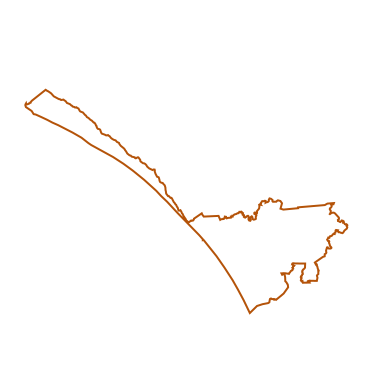 outline of Tampico Alto, Veracruz, Mexico, rotated 168°
{"feature_id": "50627088B55944116291568", "entity_name": "Tampico Alto", "entity_type": "district", "adm_level": 2, "iso_a3": "MEX", "parent_name": "Mexico", "parent_adm1": "Veracruz", "projection": "orthographic", "projection_center": [-97.791, 21.851], "detail": "fine", "context": "isolated", "style": "outline", "palette": "amber", "viewbox_px": 384, "rotation_deg": 168, "n_neighbors": 0, "source": "geoboundaries", "source_scale": "gbopen_adm2", "svg_char_len": 5904}
<svg xmlns="http://www.w3.org/2000/svg" viewBox="0 0 384 384"><g transform="rotate(168 192 192)"><path d="M313.9,322.4L329.6,314.6L330.7,313.8L331.2,313.0L331.6,313.1L331.8,312.8L332.5,312.7L332.8,312.4L333.2,312.5L333.6,312.2L335.3,312.0L335.9,312.4L335.9,313.2L336.7,312.3L337.0,311.4L336.8,309.6L332.0,304.6L330.7,301.1L328.8,300.3L324.3,297.0L318.5,292.6L314.1,288.9L309.0,285.2L296.5,275.0L288.8,268.1L283.2,261.4L280.8,258.9L261.9,242.6L253.3,234.0L245.6,225.4L236.3,213.9L226.7,200.6L223.0,194.4L218.4,187.7L210.5,174.5L194.1,148.6L191.3,143.7L191.4,143.1L191.2,143.2L191.0,142.7L190.7,142.7L190.5,142.4L181.4,124.2L176.0,111.4L170.6,97.3L167.4,87.2L164.0,75.5L160.6,61.6L152.1,67.0L146.3,67.6L140.7,67.5L139.3,68.0L138.2,70.7L137.9,71.2L137.2,71.4L136.7,71.3L136.1,70.6L134.2,70.3L134.1,69.7L133.4,69.8L133.2,69.4L132.0,69.5L131.9,69.2L123.5,73.6L117.8,78.8L117.6,80.9L117.6,81.8L118.1,82.6L118.3,83.8L119.3,85.3L118.6,89.3L118.6,91.6L119.4,92.8L119.8,93.1L120.1,92.6L121.0,92.3L121.4,93.8L119.0,93.5L118.6,93.0L117.9,93.2L114.2,91.8L113.9,92.4L113.1,92.8L111.7,94.2L110.1,94.6L109.9,95.3L109.0,95.9L109.5,97.0L108.9,97.2L108.7,98.2L107.8,98.3L107.4,98.6L108.0,99.0L108.4,99.7L108.5,100.6L109.0,100.6L108.8,101.0L108.1,101.0L107.9,101.3L105.8,100.6L96.2,98.5L97.2,94.5L98.2,93.6L99.5,93.0L99.8,92.7L100.0,92.2L100.3,92.2L100.6,91.8L100.9,90.8L100.6,90.5L100.6,88.8L101.3,88.6L101.7,87.6L102.2,87.1L102.5,87.2L103.1,86.6L103.3,86.1L102.7,85.6L103.0,85.1L102.9,84.7L103.4,84.4L103.4,83.8L103.9,83.0L103.4,81.8L102.4,82.0L102.4,80.2L96.6,79.1L97.5,80.3L97.3,80.7L96.6,80.8L96.4,80.5L95.3,80.8L95.0,80.3L94.8,80.6L88.4,79.1L87.1,82.0L87.2,84.2L86.8,84.7L85.5,85.5L85.0,87.9L84.5,88.5L84.9,88.9L84.6,89.8L84.9,90.7L84.9,93.1L85.6,94.6L85.0,94.8L85.0,95.3L85.7,96.2L86.1,96.1L86.5,97.5L77.5,101.3L75.6,101.5L75.1,103.6L73.9,104.0L73.2,104.7L73.1,106.7L71.5,109.7L70.8,109.7L70.4,108.6L70.0,108.3L68.1,107.9L67.7,108.0L67.3,108.3L67.2,108.8L68.2,110.6L68.3,112.8L68.6,113.8L68.0,115.2L68.2,115.6L68.9,115.6L69.2,115.9L69.7,117.3L68.8,118.2L68.3,118.3L68.2,119.1L67.7,119.1L67.1,118.8L66.8,119.4L66.0,120.1L65.4,119.9L64.0,120.3L63.2,121.2L62.5,121.5L61.3,121.2L61.2,122.2L60.2,122.4L59.5,124.6L59.0,124.9L57.2,124.2L57.8,123.4L57.3,123.0L57.0,122.2L56.0,122.1L55.2,121.3L54.3,121.0L53.6,120.5L52.6,120.8L50.9,122.6L48.2,124.0L47.4,125.3L47.9,126.7L47.6,127.0L47.0,127.2L47.0,127.5L47.6,128.4L48.6,128.4L49.2,128.8L49.7,130.3L50.6,130.5L50.5,131.1L49.8,131.8L50.4,132.5L51.5,133.0L52.2,132.3L52.7,132.2L53.1,131.8L53.9,132.2L54.6,133.1L55.2,133.3L55.1,134.4L53.8,135.1L53.7,136.5L56.6,141.4L57.6,142.3L58.6,142.5L59.9,142.5L61.7,141.7L61.8,141.8L60.8,142.9L60.3,144.2L60.2,145.0L60.8,146.1L60.8,146.7L60.4,147.4L59.6,147.7L58.8,148.3L58.2,149.3L58.7,151.1L56.2,150.6L55.5,151.7L62.0,152.5L64.8,151.6L90.2,154.8L91.5,154.9L91.6,154.1L106.3,155.8L108.9,157.3L106.3,162.3L107.4,164.8L109.7,166.0L111.0,165.5L111.5,165.0L114.8,165.6L115.2,166.2L114.9,167.4L116.1,168.9L117.5,169.6L118.4,168.6L118.8,167.1L119.8,166.5L121.1,166.4L121.8,166.5L122.3,166.3L121.9,168.0L122.6,168.3L124.2,168.1L125.2,168.5L126.8,167.0L126.7,166.9L126.9,166.3L127.4,166.1L127.6,165.6L127.4,165.2L128.6,165.7L129.0,165.5L128.9,164.7L129.5,162.5L130.1,161.6L132.5,159.7L132.7,158.1L132.9,157.7L133.6,157.8L134.5,158.8L135.0,158.9L135.4,158.6L135.6,157.7L133.9,156.1L133.9,155.6L134.8,154.5L135.1,152.5L135.4,152.3L136.4,152.1L137.4,152.1L138.2,152.8L138.2,155.1L138.6,155.8L139.4,155.5L140.2,154.8L140.4,154.0L140.3,152.6L140.6,152.0L141.0,151.7L142.0,152.2L142.3,152.8L142.4,153.7L141.7,155.9L141.9,156.8L142.2,157.1L143.2,157.0L144.2,156.3L144.6,156.3L145.3,155.9L146.2,156.5L146.5,157.0L145.9,157.8L146.0,158.6L146.9,158.9L147.1,159.1L146.6,160.4L147.2,160.6L146.9,161.1L147.5,161.6L147.4,162.0L147.8,162.5L148.7,162.3L148.9,162.6L149.5,162.7L149.5,162.1L150.4,162.2L151.1,161.6L152.0,161.8L153.1,161.3L155.2,161.2L156.8,160.3L157.4,160.4L157.4,159.6L158.9,159.9L158.9,158.9L159.1,158.8L162.3,159.2L163.5,159.0L163.9,159.7L163.8,159.8L163.9,160.4L164.1,160.4L164.0,160.7L165.0,161.1L165.4,159.8L165.7,159.8L166.0,159.3L167.0,159.4L167.3,159.3L167.3,159.1L169.2,159.3L170.2,158.9L171.0,163.1L185.6,165.5L186.6,167.6L186.9,169.1L195.6,165.5L195.9,164.7L196.9,163.9L197.9,164.2L198.3,163.8L199.1,164.2L200.9,163.2L201.8,163.1L202.8,164.6L203.5,165.2L203.9,167.1L204.3,168.0L204.5,168.2L204.9,169.6L205.2,169.8L205.7,172.4L206.3,173.4L206.5,174.9L207.1,176.6L208.2,176.4L209.0,176.7L209.3,179.9L209.8,180.7L210.2,182.8L210.8,183.4L211.1,184.6L211.9,185.9L213.0,190.0L213.4,190.6L214.2,190.7L215.6,192.9L216.3,193.0L217.6,195.8L217.4,198.4L217.5,199.2L217.1,201.9L217.3,204.2L218.5,206.1L218.6,206.6L218.9,207.0L220.0,207.4L221.1,208.4L221.4,209.8L221.3,211.0L221.5,213.1L221.6,213.4L223.0,214.2L223.9,217.4L224.2,219.9L223.9,220.6L223.9,221.7L224.8,222.0L226.0,221.7L229.0,224.0L230.6,226.2L231.0,227.6L231.8,229.0L232.7,229.9L233.9,230.3L235.8,232.4L236.1,233.0L236.0,234.3L237.2,236.9L237.4,237.1L238.2,237.2L239.4,236.7L240.2,236.7L240.6,237.0L240.8,237.8L243.7,239.2L244.3,240.3L245.5,240.9L247.3,243.1L248.1,245.6L248.7,246.7L248.9,247.6L249.6,248.9L252.1,252.0L253.0,253.9L253.2,255.2L255.0,256.6L256.0,258.4L257.5,259.2L259.0,260.5L260.2,262.0L260.9,263.6L261.5,264.2L262.1,264.5L262.3,265.1L264.2,265.2L265.5,266.3L268.0,267.8L268.5,268.9L268.9,272.1L269.7,272.8L271.0,273.4L271.5,274.4L271.7,275.4L271.6,276.3L272.1,276.9L272.2,278.1L273.0,280.1L273.7,280.3L275.1,282.6L276.4,283.8L277.9,286.0L279.2,287.1L279.9,288.9L280.6,289.6L282.2,292.5L284.4,293.9L284.9,294.6L285.7,297.3L287.1,298.3L287.3,298.6L287.5,298.4L287.4,298.6L287.8,298.8L288.8,298.9L289.2,299.5L291.0,300.4L291.4,301.3L292.1,301.8L293.1,303.3L295.8,305.1L296.7,307.1L298.0,308.4L298.5,309.1L300.9,309.2L302.0,310.3L302.6,310.4L303.2,310.8L307.3,314.3L309.3,317.8L311.8,320.5L312.3,320.7L313.9,322.4Z" fill="none" stroke="#b45309" stroke-width="2"/></g></svg>